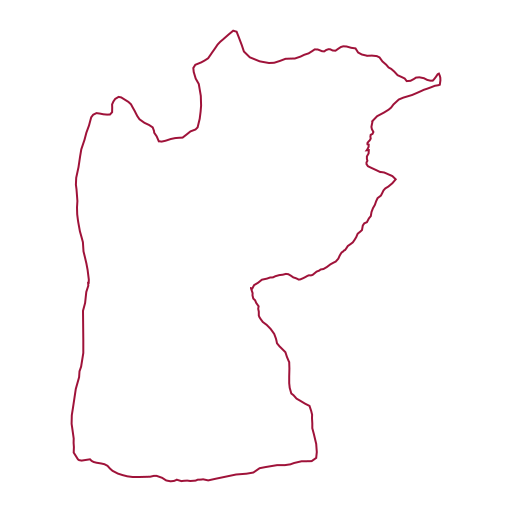 the district of Mafinga Township Authority, Iringa, United Republic of Tanzania
{"feature_id": "72390352B55502751216619", "entity_name": "Mafinga Township Authority", "entity_type": "district", "adm_level": 2, "iso_a3": "TZA", "parent_name": "United Republic of Tanzania", "parent_adm1": "Iringa", "projection": "robinson", "projection_center": [35.272, -8.362], "detail": "fine", "context": "isolated", "style": "outline", "palette": "rose", "viewbox_px": 512, "rotation_deg": 0, "n_neighbors": 0, "source": "geoboundaries", "source_scale": "gbopen_adm2", "svg_char_len": 5056}
<svg xmlns="http://www.w3.org/2000/svg" viewBox="0 0 512 512"><path d="M262.2,61.8L259.6,61.3L249.8,57.3L243.9,51.5L241.8,45.2L238.8,37.3L236.6,31.7L235.9,31.5L233.2,30.7L228.5,34.6L226.0,36.8L222.1,40.2L221.6,40.6L220.2,41.8L218.3,43.8L217.5,44.7L215.9,47.1L214.1,49.7L211.9,52.8L210.9,54.3L208.1,58.3L204.5,60.6L201.2,62.4L198.0,63.7L195.3,64.8L193.3,68.0L193.7,71.7L193.7,71.9L195.7,78.6L198.5,83.5L198.8,84.1L200.4,93.5L200.8,95.9L201.1,105.6L200.6,111.6L199.7,118.8L197.6,127.4L196.0,129.0L195.8,129.2L195.5,129.5L190.7,131.3L190.2,131.6L186.6,134.5L182.6,137.6L178.6,137.8L175.1,138.1L170.8,139.0L167.2,140.2L166.9,140.3L165.3,140.8L161.6,141.6L159.5,141.3L159.3,141.3L158.8,141.3L156.7,136.4L154.2,132.7L154.0,130.9L152.7,127.4L149.1,125.0L144.4,122.8L139.5,119.3L137.3,116.1L135.9,113.4L134.7,111.0L132.6,107.3L131.0,104.3L128.4,101.9L124.4,99.4L121.2,97.4L118.6,96.9L115.2,98.9L113.4,101.5L112.1,104.4L112.2,107.7L112.1,112.2L110.0,114.5L107.5,114.6L107.4,114.6L107.0,114.6L103.5,114.3L100.0,113.6L96.5,113.1L93.2,114.7L91.2,117.3L90.2,121.0L89.0,125.5L86.4,132.6L84.5,139.8L81.3,149.3L80.1,156.4L78.5,167.2L76.2,177.8L75.9,184.7L76.5,189.3L76.8,193.1L77.4,201.1L77.0,207.4L77.2,214.4L77.9,219.9L78.3,222.5L78.9,225.8L79.9,231.3L82.0,238.8L82.9,242.2L83.5,251.4L84.9,257.1L86.4,263.5L87.6,269.9L88.8,279.5L88.7,282.8L88.1,282.8L88.3,285.7L86.3,291.9L86.2,292.8L85.1,303.0L83.0,310.8L83.3,340.3L83.3,347.9L83.3,353.0L81.1,366.7L79.5,371.3L79.1,377.2L75.8,388.9L73.0,407.6L72.0,413.9L71.8,415.3L71.6,423.8L72.5,430.0L73.7,438.5L73.6,442.9L73.9,447.1L73.7,452.6L76.6,457.2L77.6,458.8L78.0,459.4L79.0,460.1L81.6,460.6L86.1,459.9L90.0,459.3L91.6,460.9L93.7,462.0L96.4,462.7L101.3,463.5L104.4,464.2L107.5,465.8L110.0,468.6L112.5,470.8L117.9,473.6L122.6,475.1L126.1,476.0L127.2,476.3L132.6,477.0L139.4,477.0L146.9,476.8L150.3,476.7L153.7,475.9L156.7,475.9L162.1,477.8L166.1,480.4L167.4,480.7L170.6,481.3L174.1,480.9L176.5,479.9L176.8,479.7L177.0,479.8L181.4,481.1L183.8,480.8L187.2,480.6L190.3,481.0L195.6,480.6L197.7,479.7L200.9,479.6L203.1,479.3L208.2,480.4L215.9,478.7L224.1,477.0L236.1,474.5L246.5,473.7L251.8,472.8L253.4,472.5L259.6,468.2L265.3,467.1L277.3,465.1L285.1,465.1L289.2,464.5L290.2,464.4L294.1,463.0L301.4,461.3L309.8,461.2L311.7,461.1L316.2,457.9L316.3,456.8L316.8,452.1L316.5,448.0L316.2,443.9L315.1,439.3L313.9,434.2L312.3,428.2L312.3,423.3L312.0,418.1L312.1,414.7L311.2,411.0L309.5,405.9L305.1,403.7L300.3,400.8L296.5,398.6L293.5,395.2L291.3,393.5L289.7,387.8L289.2,383.2L289.2,376.4L289.4,368.6L289.3,365.6L289.2,362.1L288.6,360.9L287.1,357.3L286.8,356.5L285.4,352.2L282.4,349.2L280.1,346.9L279.8,346.7L277.0,343.3L276.4,340.4L275.9,338.5L274.2,333.9L270.6,328.9L266.7,324.9L262.8,322.0L260.6,319.0L259.4,317.1L258.8,315.5L258.8,314.3L258.8,311.7L258.2,308.8L258.6,306.3L256.2,302.9L255.1,300.3L253.3,298.6L252.5,295.4L252.6,293.1L251.8,290.7L251.0,288.3L251.0,288.2L252.3,288.5L254.1,285.1L258.0,282.8L261.9,279.7L267.0,278.6L270.1,277.5L272.9,277.4L275.4,276.2L279.3,275.1L282.8,274.7L285.9,273.9L288.3,274.2L290.9,275.7L293.3,277.4L295.6,278.1L297.2,278.8L298.7,279.6L300.3,279.4L302.9,278.3L305.3,277.1L307.4,275.9L308.9,275.3L310.9,275.4L312.6,274.9L316.6,271.6L319.2,270.6L320.6,269.5L323.5,269.0L326.9,267.0L330.2,264.5L330.3,264.4L333.8,262.5L335.7,261.6L338.3,258.7L339.7,255.6L340.8,253.7L341.7,252.4L343.0,251.6L344.0,250.5L345.1,250.0L346.4,248.2L347.8,246.0L350.4,244.2L352.8,242.4L354.6,239.8L356.3,237.0L356.9,235.5L357.7,233.7L360.3,231.6L361.7,230.3L362.0,230.0L362.8,225.5L364.3,223.3L366.9,222.2L368.9,218.4L370.8,216.1L371.5,212.0L373.0,208.1L374.9,204.8L376.1,201.3L377.6,198.1L380.9,195.6L382.1,193.3L383.5,190.4L385.3,188.4L388.3,186.6L392.4,183.2L392.9,182.6L395.7,179.3L395.5,179.1L392.4,176.1L384.2,172.5L380.2,171.9L380.1,172.0L376.6,170.3L371.2,167.8L367.9,166.2L366.5,164.1L366.5,162.4L367.4,160.8L366.9,158.9L366.9,156.4L368.6,153.4L368.8,150.1L366.7,150.3L367.2,149.6L367.9,148.3L368.6,146.9L368.7,144.6L367.5,144.3L367.4,143.1L368.4,141.7L369.7,140.4L370.7,138.6L370.4,136.6L370.7,134.8L372.5,133.9L373.4,132.0L371.9,129.2L371.4,126.9L372.0,123.9L372.5,121.5L372.4,121.3L372.3,121.2L377.1,116.2L383.9,112.6L388.6,109.7L391.1,107.6L393.5,104.4L398.8,99.5L403.4,97.6L412.1,95.0L417.0,92.9L421.5,90.9L423.8,89.8L426.9,88.8L431.0,87.3L434.8,85.8L438.4,85.2L439.8,84.7L440.4,80.4L440.3,77.7L439.8,75.8L438.9,73.6L437.7,74.2L435.8,77.0L434.1,79.2L432.7,80.7L430.4,80.7L427.2,79.9L423.9,78.2L419.4,77.3L416.0,77.6L413.9,79.0L410.5,80.8L406.7,81.1L404.7,78.5L401.6,77.0L397.6,75.2L394.2,71.5L391.2,68.9L388.6,67.5L386.2,64.7L382.4,61.4L379.5,57.4L376.8,56.1L371.9,55.6L367.0,55.8L366.9,55.7L361.8,54.5L358.1,52.5L355.5,48.4L351.2,47.8L346.6,46.5L343.3,46.3L340.9,47.0L338.3,48.7L335.5,50.7L332.7,50.5L330.2,49.3L328.5,49.2L326.2,50.0L324.2,51.4L322.0,51.2L319.1,50.0L317.7,49.5L314.7,49.4L311.9,51.3L310.9,51.9L308.9,53.2L308.5,53.4L304.2,54.8L300.5,56.6L294.9,58.5L290.7,58.6L285.5,58.8L280.0,60.9L274.4,62.7L273.6,62.8L269.2,63.0L268.9,63.0L262.2,61.8Z" fill="none" stroke="#9f1239" stroke-width="2"/></svg>